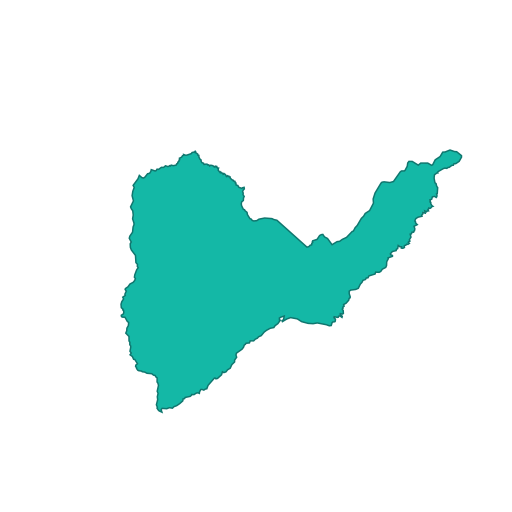 San Andrès, Antioquia, Colombia (orthographic projection), rotated 206°
{"feature_id": "7082276B55021826585662", "entity_name": "San Andrès", "entity_type": "district", "adm_level": 2, "iso_a3": "COL", "parent_name": "Colombia", "parent_adm1": "Antioquia", "projection": "orthographic", "projection_center": [-75.67, 6.907], "detail": "fine", "context": "isolated", "style": "filled", "palette": "teal", "viewbox_px": 512, "rotation_deg": 206, "n_neighbors": 0, "source": "geoboundaries", "source_scale": "gbopen_adm2", "svg_char_len": 6145}
<svg xmlns="http://www.w3.org/2000/svg" viewBox="0 0 512 512"><g transform="rotate(206 256 256)"><path d="M272.1,74.4L273.9,76.3L273.6,77.9L269.3,79.6L267.4,81.7L264.4,82.6L263.7,84.6L261.7,86.7L259.9,89.8L258.3,93.7L258.9,95.6L257.7,96.5L257.7,97.8L253.6,101.0L252.9,102.7L253.1,103.3L251.0,104.2L249.5,106.7L248.1,107.6L246.7,107.7L247.2,109.2L247.1,111.8L246.1,112.4L244.1,112.6L243.2,114.2L242.0,115.1L242.4,118.7L239.9,127.9L239.4,128.4L238.2,128.0L236.9,129.1L234.9,134.1L235.4,137.2L233.8,137.1L232.2,138.7L231.7,141.2L230.0,143.8L230.1,147.8L228.8,151.4L229.6,153.1L229.0,156.5L230.6,158.2L231.0,160.1L227.7,166.1L227.2,168.6L227.5,170.8L226.8,172.0L226.7,173.2L223.8,175.0L224.0,177.2L220.9,178.7L220.2,180.9L218.7,182.8L218.3,184.5L216.4,186.7L215.3,191.2L214.0,193.8L211.5,197.3L208.6,199.5L208.3,201.7L206.7,204.8L206.0,208.9L206.9,208.8L207.8,210.5L206.8,212.0L204.3,214.4L203.4,210.9L204.2,209.2L203.5,208.6L200.7,212.9L197.9,215.8L191.3,217.6L186.2,217.0L179.6,218.3L175.0,220.2L171.6,222.7L162.6,225.1L159.5,225.4L157.9,226.5L158.4,229.4L158.1,230.3L156.3,231.5L156.2,232.2L156.9,234.1L158.8,234.7L159.1,235.7L155.7,236.6L155.2,237.1L155.4,238.0L154.3,239.0L151.8,238.5L151.9,239.4L152.9,240.0L154.1,239.9L154.9,240.7L155.0,241.2L152.7,241.8L152.3,242.7L153.7,245.2L155.2,246.1L154.9,247.3L155.6,248.0L154.8,249.5L156.0,250.8L154.4,252.9L153.3,256.8L153.7,258.8L153.1,259.7L153.5,260.7L155.7,263.0L156.8,265.2L155.9,266.9L151.8,269.6L149.9,271.8L149.9,276.5L149.2,278.7L149.2,281.0L147.3,282.9L147.3,284.5L145.8,285.5L145.8,287.6L141.1,292.0L141.4,293.9L138.2,295.3L137.1,296.8L136.7,299.5L134.4,302.6L134.5,304.7L136.0,308.1L135.9,311.5L136.5,312.2L133.2,315.5L133.6,316.3L135.5,316.2L136.2,316.8L135.4,319.8L132.4,322.3L132.8,323.6L131.9,324.7L132.8,327.8L130.7,327.4L129.2,328.1L128.8,326.8L127.4,327.3L126.3,328.7L127.2,330.0L126.9,330.7L126.1,331.3L125.7,332.7L124.6,333.0L123.7,334.6L125.2,335.1L125.1,335.9L124.2,336.8L125.3,338.0L125.0,340.9L127.0,343.2L126.0,344.0L126.2,345.8L124.8,346.5L125.0,347.4L124.6,348.1L125.1,350.0L127.0,352.0L124.8,354.9L127.0,355.6L127.4,356.5L128.6,357.1L128.8,359.6L127.3,362.0L124.2,364.5L125.0,365.4L124.5,366.9L125.1,368.2L122.7,368.7L124.1,370.5L122.1,370.4L121.9,371.4L120.7,372.2L121.9,373.2L121.5,373.9L121.7,374.9L120.6,375.0L120.0,375.7L119.6,377.4L118.8,378.2L120.0,378.4L121.9,379.7L122.4,380.8L123.4,380.9L123.4,381.8L124.3,382.7L123.0,384.0L123.4,386.5L121.5,387.9L119.7,387.6L119.5,388.6L120.1,390.2L121.0,390.9L120.5,391.7L122.7,397.1L124.2,397.9L125.9,400.0L127.3,400.3L130.1,404.1L131.2,407.3L129.7,410.1L129.0,410.3L129.5,411.2L128.9,412.3L126.0,416.6L124.8,417.8L122.9,418.4L122.2,419.8L121.2,420.4L119.7,423.3L118.4,424.1L118.5,425.8L117.0,426.5L114.9,430.1L114.6,434.9L115.3,436.3L121.4,437.7L123.3,436.9L128.1,436.3L131.6,432.4L133.7,431.2L134.1,426.1L137.1,421.0L137.2,415.6L137.9,414.5L142.3,414.8L148.6,411.8L150.0,408.8L157.0,409.5L160.0,408.1L160.4,406.1L159.4,402.9L159.6,398.2L160.0,397.5L162.5,396.2L163.2,395.0L165.1,383.2L167.9,380.7L173.4,378.8L175.1,377.6L175.6,376.4L176.6,364.8L175.7,358.6L173.6,355.0L173.8,346.6L176.5,342.1L176.7,339.0L177.8,336.0L178.4,327.8L179.3,325.0L179.4,321.1L180.3,320.2L182.8,312.4L185.7,308.8L187.3,305.8L189.4,304.5L192.6,299.5L199.4,303.1L202.8,303.2L205.4,304.7L206.7,303.8L207.8,302.3L208.4,297.7L211.7,294.5L211.6,293.5L211.0,293.1L211.4,291.9L210.9,290.4L212.0,289.5L212.6,287.6L214.1,286.3L252.9,297.3L255.9,296.6L258.1,296.6L264.9,293.9L269.5,290.4L270.8,288.1L273.4,286.5L275.0,286.3L276.5,287.1L277.8,286.9L281.8,289.4L283.2,291.3L285.8,291.9L286.6,292.6L287.8,292.4L290.9,294.8L292.1,296.4L292.6,298.5L291.7,300.3L292.7,302.8L292.7,304.3L294.6,305.5L295.1,307.0L296.2,307.8L296.4,309.4L295.9,311.2L296.8,312.5L298.1,311.4L298.4,310.6L301.5,310.2L303.2,311.4L305.0,311.1L306.1,312.8L306.6,312.6L307.7,313.9L309.2,313.5L309.6,314.1L311.1,314.0L313.4,314.8L313.9,315.7L314.8,315.4L315.5,315.9L316.0,315.2L316.9,315.6L317.4,314.5L319.1,315.8L320.4,316.0L321.1,315.2L321.4,315.9L322.0,315.4L323.1,315.8L323.8,315.4L324.6,316.1L324.9,315.3L327.7,316.6L328.2,318.6L329.1,318.1L330.5,319.2L330.8,318.6L331.5,319.0L332.0,318.1L332.3,318.5L333.1,317.8L334.3,318.3L336.0,317.9L336.8,317.5L337.1,316.6L338.5,317.2L339.1,316.7L340.0,317.1L341.2,316.7L342.8,315.5L343.8,316.4L345.6,316.2L346.9,317.1L347.4,318.2L348.6,318.4L350.6,319.8L351.5,321.4L352.6,321.2L353.0,322.0L354.9,322.4L355.9,322.3L355.9,323.2L356.6,323.5L356.8,322.6L358.8,321.0L359.1,319.6L362.4,316.3L363.5,315.7L365.5,315.5L365.1,314.9L366.0,314.0L366.2,312.2L367.7,310.3L366.8,309.1L367.2,308.4L366.8,307.2L367.4,306.1L367.0,304.8L367.7,304.0L367.6,302.7L370.0,300.9L372.1,300.5L372.3,299.4L373.3,299.3L373.6,298.4L374.5,297.7L376.9,297.4L377.9,295.1L379.9,294.2L381.5,291.2L383.0,290.7L383.2,289.0L383.9,288.2L388.0,287.7L387.6,285.9L387.9,283.7L389.5,282.4L390.4,278.3L391.2,276.8L392.8,276.4L396.2,277.3L395.9,273.7L397.4,265.6L395.5,264.2L395.1,260.2L393.8,255.9L390.3,251.8L390.3,245.2L388.8,243.8L386.6,242.6L384.3,239.0L383.2,235.3L380.2,232.2L379.4,230.7L379.2,228.2L377.4,223.3L378.1,218.5L377.7,216.4L374.3,213.9L374.4,211.8L372.7,208.7L370.7,206.8L364.6,203.7L361.0,197.4L358.8,196.5L358.2,194.7L356.8,193.9L357.2,191.2L356.7,186.0L356.0,183.6L354.6,183.0L354.3,181.0L354.8,178.6L357.0,175.6L357.6,172.1L359.1,169.5L358.9,168.5L357.2,167.6L357.1,164.2L356.2,163.2L357.7,160.6L356.2,159.3L356.6,156.1L356.2,153.5L354.4,150.5L352.3,149.9L352.1,149.1L351.2,149.1L350.1,147.3L349.8,145.8L351.1,143.7L350.7,142.9L349.6,142.4L346.9,143.5L343.0,140.8L341.3,140.4L340.2,137.4L340.4,134.6L339.4,132.1L339.2,129.6L334.9,128.0L332.9,124.0L331.6,123.2L330.5,120.9L329.2,120.2L328.6,119.1L327.5,115.1L325.6,114.1L325.9,112.0L323.1,111.5L320.7,109.5L319.6,109.9L315.3,107.2L316.2,105.2L315.7,103.8L314.5,103.4L314.0,102.5L312.1,101.5L311.2,101.5L308.3,102.4L307.5,102.1L305.1,102.9L302.6,102.8L298.1,104.5L295.9,104.0L294.3,104.4L292.9,103.4L291.4,103.1L289.7,99.4L288.4,98.7L286.9,96.9L285.5,91.1L283.8,89.6L283.0,86.2L281.4,83.8L280.3,78.6L278.3,76.8L278.3,75.9L276.3,74.7L275.1,74.3L272.1,74.4Z" fill="#14b8a6" stroke="#0f766e" stroke-width="1.5"/></g></svg>